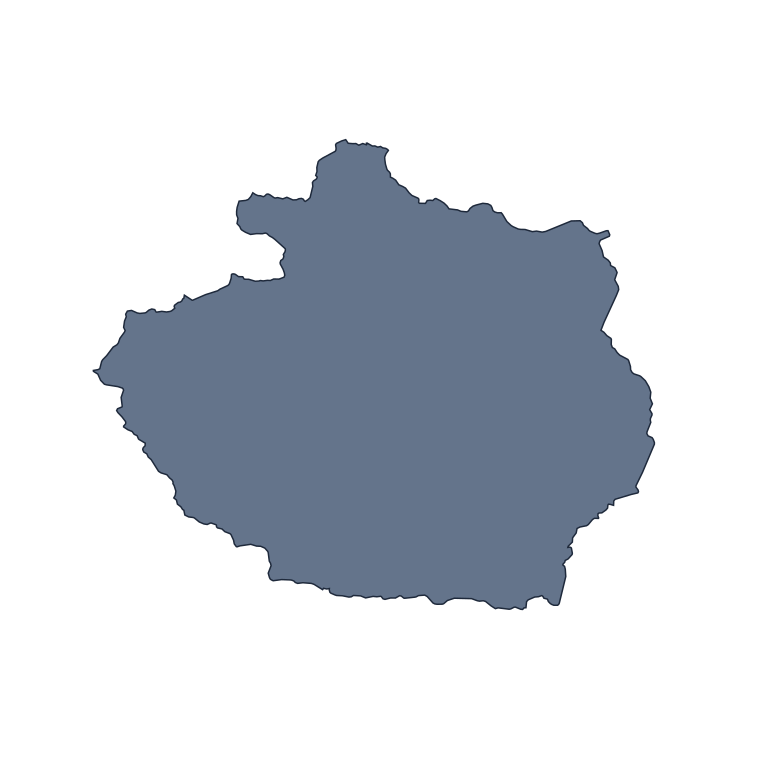 Van Canh, Bình Định, Vietnam (Natural Earth projection), rotated 291°
{"feature_id": "81297802B17102674968438", "entity_name": "Van Canh", "entity_type": "district", "adm_level": 2, "iso_a3": "VNM", "parent_name": "Vietnam", "parent_adm1": "Bình Định", "projection": "natural_earth1", "projection_center": [108.979, 13.676], "detail": "fine", "context": "isolated", "style": "filled", "palette": "slate", "viewbox_px": 768, "rotation_deg": 291, "n_neighbors": 0, "source": "geoboundaries", "source_scale": "gbopen_adm2", "svg_char_len": 6159}
<svg xmlns="http://www.w3.org/2000/svg" viewBox="0 0 768 768"><g transform="rotate(291 384 384)"><path d="M362.2,121.9L360.1,118.3L356.6,117.8L354.4,119.3L349.8,119.2L343.6,120.6L341.1,123.2L339.4,123.1L332.0,121.1L327.1,121.3L324.9,120.6L321.4,117.9L311.0,114.9L305.9,112.7L303.9,112.3L296.4,113.2L294.9,111.8L292.5,107.8L291.7,108.2L290.7,113.3L285.9,118.1L283.6,123.0L283.8,125.3L286.2,136.5L286.4,141.2L286.1,142.0L284.9,143.1L277.3,143.4L269.4,147.6L268.7,147.6L265.4,144.1L263.4,143.9L261.9,145.9L259.5,151.0L256.3,156.2L255.0,156.9L254.0,157.0L251.4,156.0L250.6,156.3L249.5,161.3L249.4,165.9L247.5,168.8L247.3,172.0L244.7,174.5L244.4,175.3L243.2,182.3L240.7,183.1L238.4,182.1L236.9,182.1L236.1,182.4L234.4,184.1L233.8,187.6L231.3,190.1L230.0,193.7L221.7,204.8L221.1,207.7L221.5,213.8L219.5,217.4L218.4,220.6L216.9,222.2L215.3,222.7L213.9,224.5L209.4,228.1L205.4,229.0L202.3,228.6L201.3,231.8L197.8,234.2L196.6,238.3L194.7,240.9L194.4,242.4L190.3,245.0L189.9,249.3L191.0,253.7L191.0,254.9L189.0,260.9L188.8,266.0L189.5,269.3L191.9,271.7L192.3,272.6L192.4,277.6L192.2,278.1L190.7,278.8L190.0,280.1L190.6,284.7L189.1,288.3L189.1,293.9L188.6,295.1L184.3,299.5L181.1,301.5L179.3,304.3L179.3,305.1L181.3,307.6L186.6,317.1L187.0,323.1L188.3,327.0L188.1,331.5L186.2,335.2L185.3,336.2L177.5,340.4L176.0,342.3L173.9,343.7L165.9,343.7L162.3,346.4L161.2,347.6L160.8,348.8L160.6,351.0L164.7,358.5L167.5,366.7L167.8,368.1L167.8,370.4L166.9,372.3L166.9,374.8L169.4,379.5L171.8,387.6L171.9,390.3L170.0,400.4L171.6,400.8L172.1,404.0L173.5,406.3L172.1,406.7L170.2,408.1L169.7,409.3L169.5,413.7L169.6,415.6L171.4,421.1L172.5,427.6L173.6,429.7L175.6,431.2L177.8,438.1L177.7,443.5L181.8,449.9L182.8,453.6L184.6,456.9L184.6,457.6L183.1,460.1L183.3,462.1L186.6,466.8L188.3,471.4L192.0,474.5L192.2,476.2L191.2,479.2L191.4,480.1L195.9,488.9L196.7,490.2L198.8,492.0L201.5,497.7L201.1,500.5L197.1,508.2L196.9,510.3L197.4,512.5L199.3,517.2L200.2,518.4L204.6,520.8L209.2,526.4L215.0,542.7L215.1,548.8L215.5,551.0L217.2,554.3L217.4,556.7L215.2,563.6L214.2,568.5L215.9,570.7L218.6,581.6L219.5,583.0L222.2,585.4L222.8,586.6L222.7,592.4L223.2,594.2L225.2,595.0L226.0,596.7L231.9,595.1L234.2,596.0L239.1,601.0L240.8,604.5L243.0,607.1L242.7,608.4L241.3,610.1L241.7,613.3L241.5,613.9L239.8,615.4L238.6,618.0L238.3,619.6L238.3,621.9L239.6,625.3L240.7,626.0L242.1,626.2L269.4,622.7L276.1,619.6L278.5,617.9L279.0,616.1L279.8,615.6L282.3,616.6L284.2,616.4L286.7,618.6L292.2,620.7L293.5,620.5L297.9,617.8L298.3,617.2L298.3,616.0L297.3,614.2L298.6,614.1L303.9,616.5L308.0,615.2L313.8,616.8L318.3,616.0L320.7,618.2L324.3,623.9L326.0,625.1L331.8,627.1L333.4,628.0L334.1,628.8L335.4,632.4L335.9,632.4L337.7,630.8L339.7,630.3L340.6,631.0L341.8,633.6L346.0,636.4L348.3,637.2L351.1,636.4L352.2,636.6L352.7,638.3L353.0,641.8L357.2,640.4L359.2,641.1L369.5,654.4L373.3,660.0L374.6,660.2L376.1,659.2L378.0,656.2L379.3,655.7L394.2,657.0L424.7,658.0L426.3,657.4L428.8,655.2L430.0,653.5L430.2,649.1L432.1,647.0L433.9,646.7L443.8,646.8L445.8,645.5L447.3,645.1L451.1,645.3L452.4,644.8L455.3,641.2L461.7,641.7L466.1,637.6L472.0,636.0L476.4,632.2L480.7,626.8L483.0,621.2L483.3,619.7L483.0,613.8L483.6,611.6L485.7,609.1L488.7,607.8L493.4,604.1L494.3,602.9L495.4,593.7L496.9,590.4L499.5,586.8L499.9,584.1L502.3,582.0L507.1,580.3L507.9,579.5L509.0,574.7L511.1,570.8L511.9,567.3L520.4,567.3L549.8,569.2L556.2,569.3L559.1,567.7L564.0,562.0L571.5,561.7L572.2,561.1L575.2,557.9L575.8,553.1L578.1,551.9L579.9,549.0L581.3,543.4L586.7,539.8L592.1,534.5L594.2,534.3L596.0,534.6L602.7,541.4L604.2,541.3L607.4,538.2L606.8,536.7L602.1,531.2L600.6,529.0L600.3,527.0L600.5,521.8L601.0,520.1L602.1,518.3L603.6,513.4L605.7,511.4L606.7,508.6L603.3,500.4L584.4,480.3L582.5,477.3L581.4,471.6L579.4,467.9L578.8,460.3L577.3,456.1L576.8,453.8L577.1,448.1L577.5,445.9L579.7,440.5L585.0,433.7L585.9,432.0L584.5,428.6L584.3,425.7L584.9,423.6L587.5,421.5L589.0,419.7L589.4,416.4L588.1,411.5L583.9,405.6L581.9,403.3L578.7,401.4L575.8,400.8L574.4,399.6L572.8,394.0L572.9,390.3L570.8,381.9L572.8,379.0L574.4,375.2L575.3,370.8L575.8,366.0L575.1,365.0L572.8,363.8L572.1,361.1L570.8,358.6L567.5,358.0L565.4,352.3L565.9,351.3L568.4,350.6L569.3,350.0L569.7,349.1L570.0,342.5L571.5,338.9L574.6,333.9L575.1,330.6L575.3,326.4L578.5,321.8L579.3,318.3L579.4,315.9L582.5,314.6L583.7,313.3L584.8,310.7L585.5,309.8L589.7,306.6L593.7,304.4L596.1,303.3L599.9,303.4L603.6,304.4L604.2,303.5L604.6,301.2L604.0,298.2L604.5,295.6L602.9,293.3L603.0,290.2L602.0,287.9L602.9,281.8L602.5,281.3L601.6,282.0L601.0,281.8L600.9,278.0L597.9,274.9L598.4,271.6L597.2,268.7L595.9,264.3L598.4,260.7L595.7,257.3L591.5,253.3L589.9,253.1L586.9,254.8L585.0,255.3L583.8,255.1L573.1,245.9L569.7,243.5L567.9,242.9L562.1,243.7L558.3,245.3L554.2,245.5L553.5,247.2L552.9,247.6L551.1,247.4L548.3,245.4L546.4,245.0L543.0,246.7L531.5,248.2L528.6,246.8L526.2,245.0L526.4,244.0L527.6,242.5L527.7,240.5L526.5,238.2L524.6,236.3L523.2,233.0L523.5,226.4L520.6,223.2L519.9,217.9L518.6,215.8L518.5,214.8L519.8,209.4L519.8,207.6L519.0,206.3L516.6,205.2L515.6,204.2L515.5,201.3L514.7,198.8L514.8,196.2L515.5,193.0L511.2,192.5L507.7,191.2L505.9,189.2L502.8,183.2L496.3,183.6L492.4,184.5L489.1,185.8L486.3,188.3L481.1,189.3L479.3,192.9L477.4,194.8L476.8,196.0L476.0,200.3L475.8,205.8L478.7,211.1L480.7,216.6L482.4,219.1L482.5,220.7L481.2,224.0L480.8,227.2L479.9,230.3L474.9,243.3L473.8,243.9L472.0,244.2L468.8,243.6L467.3,244.7L465.7,244.9L464.4,244.8L462.3,243.4L460.1,243.5L458.9,244.1L454.9,248.7L452.1,251.1L449.9,252.4L447.9,252.4L444.3,248.4L442.5,243.4L439.9,240.8L439.0,238.0L436.9,234.2L436.3,231.5L435.3,230.3L433.8,227.0L433.3,220.3L431.9,216.4L432.0,215.6L433.5,213.7L432.1,209.6L433.1,206.0L433.0,204.4L432.3,202.8L431.4,202.4L428.0,203.4L423.2,203.7L421.4,203.6L420.0,202.9L413.7,196.8L411.5,195.4L403.5,185.4L393.6,175.3L393.5,174.6L395.4,165.8L392.4,166.4L391.2,165.6L389.2,165.5L387.5,164.5L386.4,162.7L383.1,160.6L382.3,160.2L381.2,160.3L379.7,161.5L376.2,159.5L375.1,158.3L373.3,155.2L372.2,150.5L369.6,146.0L369.6,145.3L371.3,143.3L370.8,140.3L368.7,138.0L365.5,136.3L364.6,135.2L362.4,130.8L361.9,128.2L362.2,121.9Z" fill="#64748b" stroke="#1e293b" stroke-width="1.5"/></g></svg>